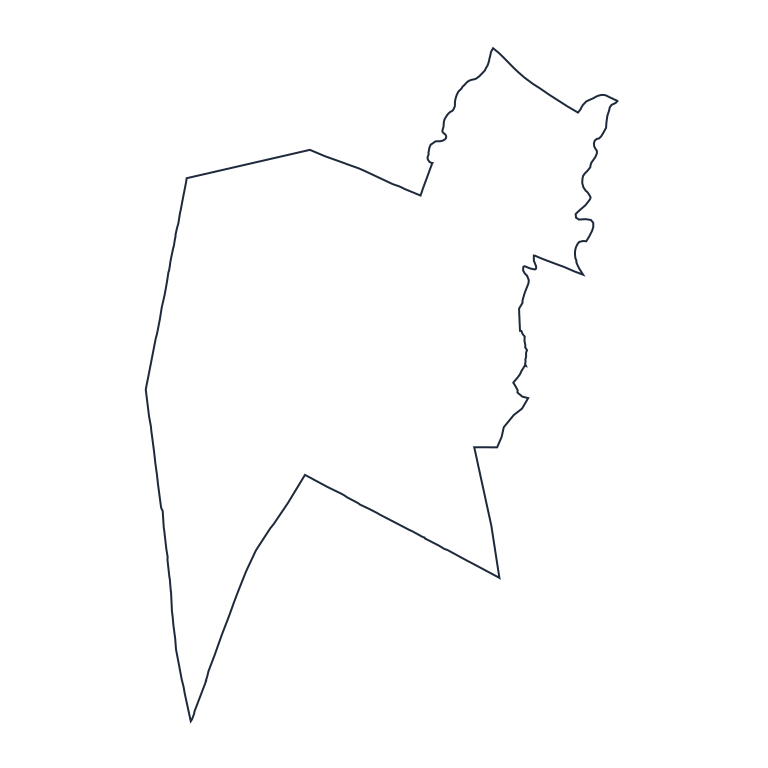 Santa Lucía Ocotlán, Oaxaca, Mexico, rotated 89°
{"feature_id": "50627088B69652036607409", "entity_name": "Santa Lucía Ocotlán", "entity_type": "district", "adm_level": 2, "iso_a3": "MEX", "parent_name": "Mexico", "parent_adm1": "Oaxaca", "projection": "mercator", "projection_center": [-96.672, 16.727], "detail": "fine", "context": "isolated", "style": "outline", "palette": "slate", "viewbox_px": 768, "rotation_deg": 89, "n_neighbors": 0, "source": "geoboundaries", "source_scale": "gbopen_adm2", "svg_char_len": 4776}
<svg xmlns="http://www.w3.org/2000/svg" viewBox="0 0 768 768"><g transform="rotate(89 384 384)"><path d="M579.9,272.0L528.7,279.0L528.3,279.0L502.3,284.2L495.8,285.5L490.7,286.5L476.4,289.4L472.1,290.2L468.9,290.9L459.6,292.7L457.6,293.1L448.8,294.9L449.0,285.5L449.3,272.0L438.9,267.3L429.3,265.0L417.2,254.7L411.0,246.4L400.6,240.1L399.1,245.8L394.9,250.7L392.5,250.5L387.4,253.2L385.0,254.7L383.2,253.3L380.0,250.4L376.7,247.9L373.2,246.2L369.9,244.0L368.1,242.9L368.5,241.7L366.4,242.6L364.2,242.1L362.0,242.2L360.2,241.7L358.5,241.4L356.3,241.5L354.5,241.2L352.7,240.4L349.8,242.2L347.7,242.0L343.2,242.8L339.0,242.5L336.5,244.5L333.3,245.8L333.2,247.1L314.1,247.6L310.9,247.6L305.5,244.2L302.7,244.0L296.2,242.0L293.3,240.9L285.9,237.8L282.7,237.4L278.2,239.1L276.1,241.2L272.9,242.9L271.0,242.9L269.1,242.5L268.7,241.4L269.5,239.4L271.0,235.9L271.5,234.0L272.1,231.1L271.6,230.2L270.4,229.8L268.9,229.9L263.4,232.0L259.4,232.0L258.4,231.9L258.2,231.9L258.3,231.5L258.3,230.9L260.8,225.4L263.0,220.1L268.4,206.4L269.4,203.7L270.0,202.1L270.1,201.9L274.7,191.8L278.2,183.0L271.8,186.9L268.6,188.4L266.6,189.2L265.2,189.6L263.8,189.5L261.8,190.4L257.7,190.8L254.0,190.6L250.6,189.7L247.3,188.0L245.3,186.3L245.1,185.0L244.5,182.6L244.8,179.3L240.0,176.2L234.5,173.3L230.7,172.0L226.4,172.0L223.6,174.3L222.7,179.5L223.0,186.2L221.0,189.1L217.4,189.4L214.2,186.0L208.8,179.5L206.1,177.3L202.8,174.7L201.0,174.2L199.1,175.1L195.8,177.2L194.1,179.1L190.6,181.3L186.4,182.3L182.4,182.0L179.4,181.3L177.2,179.7L174.2,176.7L171.0,174.0L169.0,173.7L166.5,172.9L162.0,169.6L160.2,168.4L157.0,167.1L154.5,167.1L152.3,168.6L150.0,169.7L147.0,169.9L144.4,169.1L142.7,167.1L142.3,164.9L140.5,162.8L139.0,161.8L136.3,160.1L133.8,158.7L131.8,157.5L125.9,157.0L125.5,156.9L119.7,156.0L114.9,154.3L111.3,153.4L108.9,151.6L107.0,147.4L105.2,145.7L104.4,146.8L103.6,148.7L102.6,150.6L101.5,152.9L100.3,155.2L99.2,157.4L98.8,159.5L98.8,159.9L98.8,161.8L99.5,164.7L100.5,167.2L101.7,169.2L102.5,171.0L103.8,174.2L105.1,176.9L108.3,180.1L110.7,181.7L112.7,182.6L116.0,185.3L109.6,195.8L107.0,199.7L98.7,212.2L97.7,213.7L91.4,222.5L86.5,229.9L80.1,238.2L74.5,244.4L70.4,248.6L59.2,259.2L54.8,263.6L50.2,269.1L53.6,271.1L56.4,271.8L57.4,272.0L61.0,273.0L62.6,273.3L65.8,274.3L67.9,275.2L69.6,276.4L72.0,277.5L73.6,278.9L76.4,281.8L78.0,283.3L79.0,284.8L79.8,285.8L80.8,287.7L81.1,289.8L81.6,291.9L82.2,293.5L83.3,295.3L84.6,296.7L86.4,298.3L87.8,300.0L89.5,301.1L90.1,301.5L90.5,301.9L91.6,303.2L93.0,304.5L94.7,305.5L96.9,306.5L98.7,307.1L101.2,307.8L103.1,308.1L104.9,308.2L106.6,308.2L108.0,308.5L109.8,309.3L111.2,310.1L112.1,310.9L112.6,312.0L113.7,313.8L115.6,315.7L117.9,317.3L120.4,318.8L123.0,319.6L125.7,319.8L127.7,320.0L129.0,320.4L130.6,320.9L132.0,321.2L133.1,321.0L134.3,320.0L135.2,318.7L136.2,317.9L137.5,317.5L139.2,317.7L140.6,318.9L141.7,321.1L142.3,323.8L142.2,326.2L142.3,328.2L143.2,329.6L145.6,333.2L148.5,334.5L153.6,335.5L155.4,335.4L157.4,336.3L158.6,336.5L160.1,336.3L162.6,334.8L163.7,332.9L163.9,331.7L164.8,332.2L180.1,338.1L181.9,338.8L183.6,339.5L188.1,341.2L190.9,342.3L191.4,342.4L196.2,344.2L189.1,360.6L188.4,361.7L187.6,363.4L186.6,365.4L185.5,368.5L184.4,371.6L170.5,399.9L167.9,405.6L163.4,417.6L163.1,418.2L155.2,439.1L148.6,454.0L174.8,577.7L178.9,578.4L192.9,581.4L206.8,584.3L209.1,584.9L220.2,586.9L220.8,587.1L222.6,587.7L226.2,588.7L231.5,589.9L232.6,589.8L235.5,590.5L242.7,591.8L244.0,592.3L251.0,593.9L253.5,594.5L258.8,595.6L261.8,596.0L266.7,596.9L268.5,597.6L276.3,598.9L283.2,600.2L291.6,601.9L303.6,604.9L315.5,607.0L329.5,610.0L334.8,611.5L342.3,613.1L373.3,619.7L379.6,621.1L385.5,622.3L412.1,619.5L423.1,617.7L425.5,617.6L447.4,615.1L459.2,614.0L470.7,612.6L480.6,611.7L487.4,610.9L503.8,609.0L506.3,607.9L506.9,607.5L524.2,606.7L525.6,606.4L545.3,604.5L553.7,603.3L555.7,603.6L573.8,601.9L574.9,601.6L587.4,600.8L587.7,600.6L603.3,600.1L607.3,600.0L613.8,599.3L615.8,599.2L621.2,598.8L635.2,597.2L645.7,596.6L663.0,593.6L674.2,591.7L675.4,591.5L683.7,589.6L687.0,589.1L688.4,588.9L692.7,588.1L717.8,583.1L715.9,581.8L710.4,579.6L708.1,579.2L677.7,567.0L677.5,567.3L674.3,566.2L672.4,565.6L668.1,564.5L651.9,558.0L642.8,554.6L631.6,550.4L615.1,543.7L603.4,539.2L601.4,538.5L589.6,533.8L587.2,532.8L569.0,525.2L550.8,516.3L547.7,514.7L526.4,500.3L522.2,496.8L501.4,482.2L473.5,464.6L485.8,442.6L488.2,438.0L492.5,429.4L494.2,426.4L495.1,425.0L495.9,423.9L497.0,422.3L498.3,419.9L499.1,418.5L499.8,417.2L500.5,415.8L501.3,414.4L502.1,413.0L502.9,411.6L504.0,410.4L508.5,401.3L508.7,400.9L513.1,392.7L514.5,390.5L519.1,382.0L530.8,360.4L531.4,358.9L537.3,348.6L537.7,347.9L538.3,346.0L539.2,345.7L546.8,331.5L547.4,330.6L550.0,326.5L551.0,323.6L560.3,307.2L579.5,272.6L579.9,272.0Z" fill="none" stroke="#1e293b" stroke-width="2"/></g></svg>